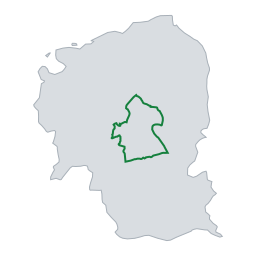 Kâmpóng Thum highlighted on a map of Cambodia, rotated 90°
{"feature_id": "KHM-1788", "entity_name": "Kâmpóng Thum", "entity_type": "Province", "adm_level": 1, "iso_a3": "KHM", "parent_name": "Cambodia", "parent_adm1": "", "projection": "albers", "projection_center": [105.072, 12.831], "detail": "fine", "context": "in_parent", "style": "outline", "palette": "green", "viewbox_px": 256, "rotation_deg": 90, "n_neighbors": 0, "source": "natural_earth", "source_scale": "10m", "svg_char_len": 5392}
<svg xmlns="http://www.w3.org/2000/svg" viewBox="0 0 256 256"><g transform="rotate(90 128 128)"><path d="M236.4,33.7L237.1,36.1L235.4,40.7L233.5,44.8L230.0,48.5L229.9,51.2L228.7,59.1L229.2,61.6L230.0,63.8L231.2,64.9L234.4,72.7L237.3,79.7L240.1,85.5L240.6,89.2L238.2,98.5L235.3,107.1L235.6,111.4L236.9,115.6L238.3,121.3L238.9,128.6L238.2,133.3L236.9,136.3L234.3,139.3L232.1,140.9L229.3,138.3L227.2,138.2L224.3,139.0L222.0,140.2L217.4,144.7L212.3,149.1L205.2,150.2L202.4,153.4L199.5,153.9L193.9,154.1L190.2,154.8L190.4,156.5L190.1,164.1L190.2,165.8L189.6,166.3L187.1,166.5L182.7,165.4L176.9,163.5L172.7,163.3L170.6,166.6L169.3,167.9L167.8,168.1L166.1,168.7L165.6,170.2L165.4,172.0L166.2,175.2L166.5,180.2L166.3,183.6L167.9,185.8L176.9,193.0L179.5,194.8L179.8,195.9L178.3,199.9L179.7,205.4L176.9,205.3L172.2,203.0L169.9,201.5L167.2,202.7L166.3,202.5L164.4,199.7L162.0,197.0L159.6,196.8L154.4,197.9L149.0,198.7L147.0,198.7L146.2,199.2L143.1,203.3L141.8,202.6L136.4,201.0L131.5,200.4L130.5,201.5L131.1,204.9L132.2,208.2L131.5,209.6L128.8,211.4L125.3,214.5L123.1,216.9L121.6,217.5L116.2,217.4L110.7,217.7L108.6,220.0L106.5,221.8L104.8,222.3L97.7,216.6L83.7,214.6L82.2,212.0L80.9,211.5L79.5,214.8L71.8,217.9L68.6,216.0L66.3,213.7L66.6,210.9L68.9,208.6L72.7,207.0L74.5,201.2L71.6,193.8L69.1,191.6L66.4,189.9L63.6,192.7L61.2,197.3L58.7,199.7L55.1,200.3L50.0,200.0L48.1,193.0L47.4,187.0L48.2,180.1L49.0,176.1L44.1,170.4L43.9,165.1L41.5,162.3L40.8,163.7L40.9,165.2L40.2,164.1L32.5,148.3L31.3,141.1L32.7,135.5L33.5,133.6L31.3,130.6L28.2,127.3L22.6,122.8L22.3,115.9L21.2,107.7L19.5,104.9L17.0,99.8L15.7,95.7L15.4,84.6L16.1,83.7L20.0,83.5L25.1,82.7L25.9,80.9L25.0,79.5L28.2,77.0L32.9,71.6L36.5,65.9L39.1,62.3L40.7,58.7L45.9,53.7L53.1,50.2L57.9,49.4L63.0,48.3L67.9,46.6L70.2,46.5L76.1,48.5L79.4,49.1L82.8,49.1L86.3,49.3L89.4,49.1L96.8,47.7L104.6,48.8L111.6,48.0L120.2,46.3L124.4,47.4L128.3,49.0L128.8,52.4L129.7,53.9L131.0,55.1L132.7,55.1L134.9,52.8L136.8,50.4L137.4,49.9L137.5,51.1L138.4,53.7L140.0,56.3L141.7,58.0L144.5,60.3L146.3,60.4L152.2,58.2L161.0,61.3L162.1,62.9L164.9,66.1L168.1,68.3L175.0,68.5L177.4,62.8L176.2,59.4L172.2,53.5L171.2,50.0L172.4,49.4L179.1,48.7L180.2,48.0L181.6,44.1L183.4,44.5L187.1,45.0L191.0,42.4L193.3,39.6L194.6,40.8L196.0,42.8L197.5,43.9L200.3,45.5L203.4,47.9L205.3,50.2L206.9,51.0L210.9,50.4L211.9,50.4L214.2,47.6L215.8,46.1L217.2,46.5L219.2,46.5L223.3,42.9L225.6,39.6L226.9,38.7L230.6,40.3L232.1,40.0L234.2,35.5L236.4,33.7ZM45.5,183.7L44.7,184.1L44.0,184.1L43.3,183.5L43.4,180.9L43.9,179.4L45.2,179.1L45.5,183.7ZM57.0,208.6L55.5,210.3L53.0,206.8L53.0,205.8L57.0,208.6Z" fill="#d9dde1" stroke="#a8b0b8" stroke-width="1"/><path d="M104.1,128.5L97.1,122.4L95.0,119.8L96.1,119.1L96.5,117.8L96.7,117.4L98.5,115.3L99.1,114.9L100.2,114.4L100.7,113.9L100.8,113.9L102.0,113.3L102.7,112.9L103.1,112.6L103.6,111.5L104.2,109.3L105.7,106.7L105.7,106.4L105.8,105.7L106.0,105.4L106.4,105.4L106.8,105.5L106.9,105.3L107.0,105.1L106.9,103.9L107.3,100.1L107.4,99.4L107.6,99.1L107.7,98.9L108.0,98.8L109.5,98.3L109.8,98.1L110.4,97.6L110.6,97.3L110.9,96.4L115.0,94.2L116.5,93.6L117.9,93.2L120.6,93.2L124.7,94.1L125.1,94.2L125.3,94.4L125.4,94.8L125.3,95.1L124.8,96.0L124.6,96.8L124.4,98.8L124.5,100.5L124.7,101.4L125.1,102.3L125.3,102.6L125.5,102.8L126.0,103.3L126.9,103.6L129.5,103.8L133.6,101.8L136.6,99.2L136.9,98.8L137.5,97.9L137.7,97.7L146.1,91.8L147.1,91.4L152.8,88.3L152.9,91.7L152.8,92.7L153.1,94.2L154.2,97.1L155.6,102.8L156.3,103.5L156.7,104.0L157.0,104.6L157.1,104.9L157.2,105.1L157.1,105.5L156.8,106.2L156.8,106.5L156.8,106.8L157.3,109.8L157.4,110.1L157.5,110.1L157.7,110.3L157.9,110.4L158.0,110.6L158.2,111.0L158.3,111.2L158.4,111.4L158.3,111.5L158.2,111.8L157.9,112.2L157.8,112.4L157.7,112.6L157.8,112.8L157.8,113.0L158.3,113.4L158.6,113.9L158.9,114.5L159.0,114.8L159.0,115.1L159.0,115.3L158.8,115.7L158.8,115.8L158.7,116.3L158.7,117.7L158.7,118.6L159.2,120.4L159.2,121.4L160.6,125.3L161.7,130.5L153.6,131.3L153.4,131.4L152.7,131.8L152.2,132.3L151.7,132.5L151.3,132.6L151.0,132.6L150.7,132.5L150.0,132.2L149.5,131.9L149.4,131.8L149.2,131.7L148.7,131.4L148.1,131.4L146.7,131.5L145.3,136.4L144.9,137.0L144.4,137.3L144.2,137.3L143.9,137.2L143.7,137.0L143.6,136.9L143.5,136.6L143.4,136.5L143.3,136.4L143.2,136.3L143.0,136.2L142.9,136.2L142.7,136.2L142.2,136.1L141.8,136.0L141.7,136.0L141.4,135.7L141.2,135.6L140.9,135.5L139.7,135.6L139.3,135.6L139.1,135.5L138.7,135.5L138.4,135.5L138.1,135.6L137.7,135.6L137.1,135.5L136.9,135.6L136.7,135.6L136.1,136.1L135.6,136.4L135.4,136.5L135.5,137.1L136.5,138.6L136.6,138.8L136.7,139.0L136.7,140.0L138.1,143.2L138.2,143.5L138.3,143.9L138.3,144.0L138.2,144.2L138.1,144.3L137.7,144.2L136.6,143.4L135.5,143.5L135.1,143.6L134.9,143.7L134.7,143.8L134.5,143.7L134.4,143.6L133.9,143.2L133.7,143.2L130.9,142.9L129.6,142.5L128.7,141.6L128.5,141.4L128.2,141.4L126.6,141.3L126.3,141.3L125.8,141.6L124.7,142.4L124.0,141.7L123.5,140.7L123.4,140.4L123.2,139.6L124.0,139.3L125.2,138.0L125.5,137.6L125.7,137.2L125.9,136.7L125.9,136.3L125.8,135.8L125.7,135.7L125.0,135.6L123.9,136.2L123.7,136.2L123.9,135.3L123.9,134.9L123.8,134.7L122.8,132.9L122.5,132.2L122.2,131.7L122.0,131.2L122.0,130.8L122.3,129.4L119.7,128.8L115.3,126.8L113.7,126.4L112.6,126.6L111.8,126.9L111.2,127.3L110.5,127.6L109.7,128.1L109.4,128.2L109.3,128.4L109.2,128.7L109.0,129.0L108.3,129.9L106.6,129.8L105.8,129.6L105.4,129.5L104.1,128.5Z" fill="none" stroke="#15803d" stroke-width="2"/></g></svg>